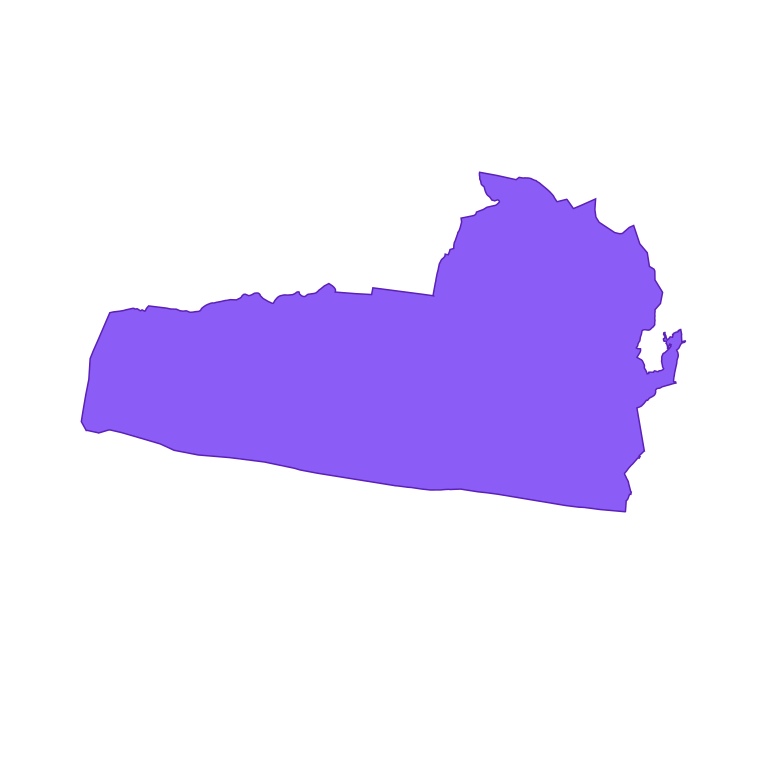 Isaccea, Tulcea, Romania, rotated 166°
{"feature_id": "2599482B37451561707315", "entity_name": "Isaccea", "entity_type": "district", "adm_level": 2, "iso_a3": "ROU", "parent_name": "Romania", "parent_adm1": "Tulcea", "projection": "natural_earth1", "projection_center": [28.418, 45.256], "detail": "fine", "context": "isolated", "style": "filled", "palette": "violet", "viewbox_px": 768, "rotation_deg": 166, "n_neighbors": 0, "source": "geoboundaries", "source_scale": "gbopen_adm2", "svg_char_len": 6060}
<svg xmlns="http://www.w3.org/2000/svg" viewBox="0 0 768 768"><g transform="rotate(166 384 384)"><path d="M684.2,410.9L683.0,410.7L673.1,405.8L672.8,405.5L662.1,406.0L660.5,405.5L650.5,400.4L615.6,380.0L603.8,370.5L581.5,360.1L551.5,349.9L519.0,337.3L491.3,323.9L486.0,320.8L470.3,313.6L397.0,282.3L395.9,282.0L385.7,278.0L382.6,277.0L373.2,273.1L364.8,270.0L355.0,267.6L349.4,266.7L346.9,266.2L344.9,265.5L342.7,265.1L335.1,263.5L319.0,256.7L310.0,253.4L300.2,249.5L237.3,222.2L224.9,217.4L221.2,216.3L219.1,215.6L204.6,209.9L180.9,201.7L180.6,201.8L177.2,212.2L175.8,212.8L174.7,214.2L172.5,217.5L171.2,217.2L170.2,219.3L170.6,219.5L170.7,227.5L170.6,230.3L171.0,232.1L171.5,233.9L171.7,235.5L172.3,237.6L172.3,238.8L172.1,239.2L169.8,240.8L167.2,243.0L163.9,245.3L162.2,246.2L155.6,250.8L154.3,250.3L153.2,251.6L154.1,252.1L153.5,252.8L149.4,255.1L147.8,256.2L147.6,256.1L144.4,299.6L141.5,299.9L139.5,300.4L136.5,302.2L133.2,304.8L132.8,304.5L132.0,304.5L129.9,306.1L127.3,306.7L124.8,307.5L123.7,308.3L122.7,309.7L122.3,310.6L122.1,311.8L121.8,312.6L120.1,313.6L117.7,313.3L116.7,313.4L114.8,314.0L102.8,314.4L100.5,314.3L100.5,315.4L101.0,315.7L102.1,315.8L102.4,316.2L102.4,316.7L101.1,320.4L100.4,321.7L99.5,324.0L96.8,329.6L95.1,332.9L94.0,336.1L91.8,339.7L91.4,341.4L91.3,343.8L91.5,344.4L91.9,346.1L90.1,346.9L89.1,347.6L86.7,350.5L85.4,351.5L84.1,351.8L82.8,351.7L81.7,352.1L81.2,352.6L81.2,352.9L81.6,353.0L83.8,353.0L84.8,353.1L83.7,358.8L83.2,360.1L82.9,365.1L83.6,365.2L84.2,364.7L84.9,364.8L85.6,364.5L85.7,364.4L85.5,364.0L85.5,363.8L86.5,363.4L88.0,363.7L88.6,363.4L90.4,363.2L90.6,362.8L91.2,362.4L91.8,362.4L92.0,362.1L91.5,361.9L92.8,359.6L94.6,360.4L95.1,360.4L97.1,358.7L97.6,358.7L98.2,358.2L98.5,358.6L98.9,359.9L98.9,363.0L99.1,363.4L99.2,364.8L99.2,365.2L98.9,366.0L99.1,366.1L99.5,365.9L100.2,365.9L100.4,365.2L100.7,364.8L100.4,364.0L100.4,363.0L99.8,362.2L99.8,361.9L100.8,360.5L101.8,360.4L102.1,359.6L102.1,358.7L102.1,358.2L101.8,357.7L99.9,357.3L99.7,357.1L100.1,355.8L100.5,355.1L100.0,354.4L99.9,352.9L99.9,351.1L100.3,350.1L100.0,349.9L99.6,350.0L98.4,352.1L96.9,353.6L95.9,352.7L96.8,351.9L96.4,351.3L99.0,349.1L100.4,348.5L101.4,347.8L104.0,346.4L105.2,346.2L106.1,345.7L107.9,343.2L108.5,340.7L109.2,338.9L109.2,337.2L109.4,336.2L109.3,335.8L109.3,334.5L109.5,334.1L109.3,332.1L108.9,331.4L109.1,331.0L109.6,330.6L110.8,330.2L111.8,330.0L113.7,330.2L114.3,330.1L114.8,329.7L115.8,329.9L118.2,331.3L118.7,331.2L119.6,330.2L123.3,331.2L124.3,331.3L124.6,330.2L126.2,330.2L126.2,331.5L126.7,334.1L127.4,336.1L127.5,336.6L127.3,337.6L126.9,338.4L126.8,339.0L126.8,339.6L127.7,344.1L128.4,345.2L130.4,347.0L132.1,348.7L129.0,351.7L127.7,353.1L127.0,354.2L126.7,355.4L126.6,356.1L129.5,357.0L130.5,358.0L128.6,359.7L128.0,361.1L127.5,361.8L126.6,362.9L125.7,363.6L125.3,364.1L123.8,367.6L122.1,370.2L120.9,373.0L120.2,373.5L119.6,373.7L118.3,373.7L117.2,373.4L114.8,372.4L113.7,372.2L112.4,372.5L109.5,374.2L108.7,374.4L108.2,375.0L107.0,375.9L106.5,378.0L105.7,380.1L105.4,382.3L104.6,384.6L104.4,386.0L104.0,387.4L103.5,388.5L103.1,390.5L96.3,395.2L91.5,405.5L95.9,419.5L93.9,428.0L94.2,430.0L98.0,433.9L96.8,447.7L101.9,458.1L103.4,477.4L108.1,476.6L116.3,472.4L119.0,472.8L123.5,475.1L136.1,488.8L138.0,494.6L137.2,502.2L133.9,512.4L149.2,509.7L157.6,508.4L157.8,508.5L158.8,511.1L161.7,518.6L162.1,519.0L171.6,519.0L172.1,519.2L173.5,523.2L174.1,525.6L175.2,527.8L176.7,530.5L178.7,533.5L183.7,540.3L184.8,541.8L186.2,543.1L187.2,544.5L188.8,545.4L191.7,547.8L193.9,548.9L197.8,550.0L199.0,550.1L202.9,551.8L206.4,550.3L223.9,559.0L240.0,566.3L240.4,565.6L240.9,563.5L241.0,561.7L241.5,559.7L241.1,557.3L241.3,554.9L241.2,554.1L240.3,552.5L239.4,551.6L239.2,551.2L239.1,546.9L238.8,544.8L238.3,543.0L237.8,542.0L236.1,539.7L235.1,537.1L234.7,536.2L233.5,535.7L232.2,534.9L229.8,535.2L229.1,535.1L228.5,534.7L228.1,534.0L227.9,533.2L228.0,532.8L228.4,532.4L231.2,530.8L232.5,530.4L241.3,530.6L245.5,529.3L252.3,528.5L252.7,528.4L253.4,527.2L253.9,526.6L254.8,526.1L255.7,525.8L258.6,525.8L269.1,526.3L269.5,522.4L272.3,517.2L274.1,514.5L275.2,513.6L275.8,512.9L276.2,512.0L280.3,505.7L281.5,504.3L282.6,501.9L283.6,498.6L287.4,498.5L288.2,497.1L290.3,493.9L292.4,494.7L293.2,495.2L294.1,493.1L295.7,492.0L297.4,491.2L298.4,490.5L301.3,487.1L301.8,486.0L303.3,483.0L303.6,482.1L304.3,481.0L304.3,480.8L305.5,478.8L308.0,473.5L309.0,471.0L309.5,470.2L314.8,458.5L314.6,457.6L325.3,461.9L371.5,480.0L374.4,473.8L389.6,478.5L409.1,485.0L408.5,486.2L408.3,487.2L408.5,488.5L409.2,490.0L410.1,491.4L411.3,492.8L413.2,494.8L418.2,493.6L422.8,491.4L424.1,491.0L425.8,489.9L427.6,489.0L428.5,488.8L430.0,488.8L436.0,489.4L436.6,489.3L439.2,488.1L439.9,488.1L441.0,488.4L442.6,489.5L444.2,491.8L444.2,492.2L444.1,493.1L444.3,494.0L446.1,494.3L448.9,493.2L451.2,492.8L456.1,493.6L458.2,494.3L459.6,494.6L463.3,494.7L464.4,494.5L465.9,494.0L467.4,493.1L469.6,491.5L471.5,489.5L472.0,489.2L472.5,489.2L473.0,489.4L473.7,489.9L476.7,492.4L480.6,496.2L482.7,499.8L482.7,500.9L483.0,501.2L483.2,501.7L483.9,502.5L484.7,502.9L485.6,503.1L487.4,503.4L488.2,503.3L490.7,502.6L492.0,502.4L493.5,502.4L494.1,502.6L496.9,504.7L498.4,504.9L499.1,504.6L500.4,503.9L501.3,502.9L502.0,502.5L503.1,502.1L504.4,501.9L506.3,501.4L507.2,501.4L512.6,503.0L516.5,503.2L518.0,503.5L518.3,503.4L520.1,503.5L522.3,503.5L527.2,503.8L529.3,503.7L531.1,504.2L532.3,504.3L536.4,503.8L537.3,503.5L537.7,503.5L540.5,502.5L542.9,501.3L543.2,500.8L543.7,500.3L544.7,499.6L546.1,499.3L549.5,499.8L552.2,500.0L554.8,500.5L555.6,501.0L557.7,502.6L558.5,502.9L561.4,503.3L564.1,504.4L565.1,505.1L567.3,506.8L572.6,508.3L576.8,510.3L593.5,516.7L595.4,515.4L596.5,514.5L597.9,512.7L598.7,512.9L598.9,512.7L600.2,514.0L600.7,514.4L601.1,514.4L602.0,514.0L602.4,514.0L602.9,514.3L603.6,515.0L605.0,516.5L605.3,516.7L607.6,517.0L608.4,517.9L609.4,518.2L616.7,518.4L618.8,518.3L622.7,518.6L629.1,519.4L632.8,519.5L651.0,495.6L658.0,486.6L663.0,479.7L669.2,460.1L676.1,445.4L682.9,429.9L686.8,420.7L684.2,410.9Z" fill="#8b5cf6" stroke="#5b21b6" stroke-width="1.5"/></g></svg>